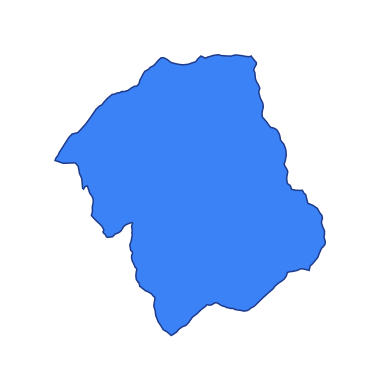 the district of Toepisa, Thimphu, Bhutan, rotated 191°
{"feature_id": "84629894B31491158844122", "entity_name": "Toepisa", "entity_type": "district", "adm_level": 2, "iso_a3": "BTN", "parent_name": "Bhutan", "parent_adm1": "Thimphu", "projection": "equal_earth", "projection_center": [89.777, 27.525], "detail": "fine", "context": "isolated", "style": "filled", "palette": "blue", "viewbox_px": 384, "rotation_deg": 191, "n_neighbors": 0, "source": "geoboundaries", "source_scale": "gbopen_adm2", "svg_char_len": 4078}
<svg xmlns="http://www.w3.org/2000/svg" viewBox="0 0 384 384"><g transform="rotate(191 192 192)"><path d="M300.1,174.8L299.0,174.1L298.0,176.9L295.9,178.0L292.1,171.3L289.4,168.8L287.6,165.9L286.9,162.3L287.1,158.8L285.9,153.1L286.4,150.1L285.8,149.3L281.7,146.3L277.9,143.9L274.0,141.3L272.7,139.7L271.2,137.8L271.8,135.8L271.0,134.8L269.1,133.8L267.6,131.8L266.4,131.4L265.4,131.6L261.5,132.9L259.4,136.1L257.0,137.5L255.4,138.9L254.3,140.3L253.7,141.7L253.2,143.2L252.7,144.4L252.1,145.5L250.9,147.0L248.8,148.5L247.4,149.4L246.3,150.0L245.6,150.4L244.3,150.0L244.7,147.4L244.7,146.6L243.9,144.4L243.4,142.6L243.2,141.5L243.1,139.8L242.5,138.7L242.4,135.7L242.4,134.3L242.4,132.2L242.5,131.0L242.7,130.1L242.9,128.8L242.8,127.6L242.3,126.2L241.1,123.2L239.1,121.7L238.7,120.6L239.1,118.1L238.9,116.3L237.6,113.1L236.3,111.5L235.2,109.9L234.6,109.1L233.4,107.1L231.9,106.5L231.5,105.6L231.4,101.5L231.2,100.5L231.2,99.3L230.4,96.7L229.8,95.2L229.1,94.6L228.5,94.2L228.1,93.3L227.0,93.1L226.7,92.4L225.7,90.6L225.5,89.7L224.9,89.1L224.0,89.1L223.4,88.7L222.4,87.9L221.6,87.6L218.9,86.2L216.3,85.7L214.2,85.0L212.3,84.3L209.8,82.1L208.8,82.0L208.2,81.0L208.0,79.6L208.0,77.9L207.9,74.5L207.6,72.5L205.9,69.2L205.5,68.4L204.4,65.0L203.9,63.6L203.2,62.5L200.5,58.3L196.7,54.4L196.0,53.6L193.9,51.3L190.0,50.0L187.0,48.4L185.1,47.2L183.3,48.6L180.3,51.7L179.1,54.1L178.6,54.9L175.7,57.9L172.5,59.9L171.0,62.3L170.5,62.9L168.1,68.3L167.6,69.3L164.0,73.3L160.5,78.4L157.6,81.6L156.8,82.5L155.9,84.2L152.9,84.3L151.8,84.8L150.9,85.2L149.5,86.6L148.1,87.7L147.0,87.8L146.0,87.9L142.3,86.5L139.7,85.8L138.6,85.8L137.4,85.8L136.4,85.3L135.3,85.1L134.5,85.3L133.3,85.3L132.3,85.0L129.5,85.5L127.3,84.9L124.6,84.9L121.1,85.1L118.3,85.0L115.6,85.9L113.9,87.1L111.9,89.5L109.5,91.3L107.0,94.7L104.4,98.5L102.1,101.9L100.3,104.2L97.7,107.7L93.8,112.6L92.8,115.1L90.1,118.6L86.4,122.3L84.8,124.2L83.4,127.5L83.0,131.2L80.8,132.4L77.9,133.3L73.9,135.0L70.5,137.4L68.1,137.7L62.0,137.4L62.0,141.8L59.8,144.8L58.2,147.8L56.0,151.9L55.4,155.6L54.2,161.2L52.5,163.8L51.5,166.0L51.6,168.4L52.8,171.0L53.8,172.6L53.9,175.9L54.6,179.4L55.9,181.2L57.1,182.8L58.2,184.9L59.0,186.3L59.2,188.1L58.9,191.1L60.1,193.9L62.4,195.8L64.0,197.6L65.1,199.0L66.3,200.1L68.9,201.1L70.5,201.9L74.2,202.7L75.8,202.7L76.8,204.4L78.4,207.8L79.9,211.1L81.9,212.2L82.8,213.5L84.2,214.8L86.6,214.0L88.1,214.0L90.1,213.5L92.6,213.6L94.6,213.6L95.3,214.4L95.9,215.9L97.1,217.3L99.3,218.1L100.3,219.2L100.8,220.7L101.8,224.0L101.8,228.7L101.9,230.3L102.9,231.9L104.1,233.5L105.4,234.6L106.8,236.8L106.4,241.1L106.5,243.8L106.4,245.4L107.0,248.0L107.6,250.4L108.9,253.2L110.3,255.4L111.1,256.6L112.7,257.8L115.1,259.9L115.8,262.1L117.1,265.1L119.0,267.6L120.9,269.4L124.1,270.4L126.5,270.4L128.2,271.2L132.0,274.9L137.4,279.2L138.3,282.7L138.4,285.2L138.2,289.2L139.5,292.8L142.6,296.9L143.4,298.2L145.5,302.6L145.4,304.8L145.2,306.4L145.5,307.3L148.0,310.8L149.5,312.2L151.3,315.1L152.0,317.4L153.1,321.2L154.8,323.6L154.1,327.0L153.2,329.5L153.5,331.3L158.9,335.7L159.8,336.8L161.1,335.9L164.2,335.4L170.3,335.3L175.7,334.8L179.5,332.9L184.2,332.1L189.6,331.5L192.3,331.8L197.0,330.2L203.1,327.0L204.2,325.9L209.2,327.2L211.9,323.4L213.2,320.5L216.4,318.9L220.0,316.7L225.2,315.1L229.0,314.8L232.6,314.8L237.3,315.1L239.8,316.4L242.3,317.6L245.4,318.4L247.9,317.9L250.2,314.8L252.8,310.2L254.2,308.3L256.7,306.5L258.2,304.0L261.4,301.4L262.7,297.9L263.4,295.3L264.3,292.6L264.5,291.0L264.6,289.3L264.9,287.8L265.4,286.9L266.3,285.6L267.6,285.1L268.9,284.7L269.6,283.9L270.8,283.1L272.0,282.0L272.8,281.0L274.4,279.3L275.5,278.9L276.4,278.2L277.4,277.7L279.1,277.6L279.7,277.0L280.6,277.0L281.4,276.1L282.1,275.7L283.3,275.3L284.0,275.0L285.0,274.6L286.1,273.6L289.0,272.5L293.1,267.5L295.6,263.4L297.0,260.4L299.1,258.9L300.7,256.7L302.0,254.8L306.3,244.9L309.3,238.5L312.6,233.0L315.4,228.5L320.8,226.0L323.4,221.8L325.1,217.5L327.7,210.8L329.7,205.9L330.5,202.6L332.0,199.5L332.5,196.8L323.8,195.6L312.3,198.3L308.7,195.7L306.0,188.8L302.8,184.2L300.1,174.8Z" fill="#3b82f6" stroke="#1e3a8a" stroke-width="1.5"/></g></svg>